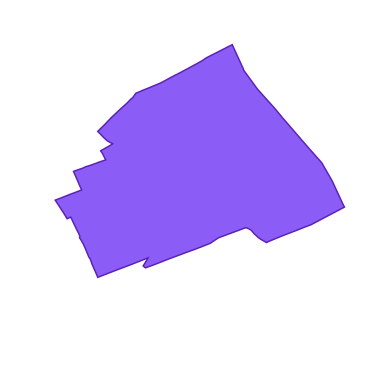 the district of Bechet, Romania, rotated 229°
{"feature_id": "2599482B89489241189907", "entity_name": "Bechet", "entity_type": "district", "adm_level": 2, "iso_a3": "ROU", "parent_name": "Romania", "parent_adm1": "", "projection": "natural_earth1", "projection_center": [23.959, 43.776], "detail": "fine", "context": "isolated", "style": "filled", "palette": "violet", "viewbox_px": 384, "rotation_deg": 229, "n_neighbors": 0, "source": "geoboundaries", "source_scale": "gbopen_adm2", "svg_char_len": 2096}
<svg xmlns="http://www.w3.org/2000/svg" viewBox="0 0 384 384"><g transform="rotate(229 192 192)"><path d="M275.6,83.4L268.8,82.5L264.5,81.9L260.0,81.3L255.6,80.5L253.7,80.2L252.7,84.0L252.2,83.9L251.1,83.6L246.2,82.2L241.0,80.8L238.1,80.0L234.3,79.1L233.1,78.6L232.1,78.3L231.7,77.7L231.3,77.1L230.8,77.0L229.5,76.9L225.2,76.1L224.3,75.9L218.1,74.0L215.8,73.2L214.3,72.7L212.7,72.2L210.8,71.5L210.1,71.4L209.3,71.4L208.6,71.2L207.9,71.1L207.1,70.8L206.2,70.5L205.3,70.1L204.5,69.8L203.9,69.5L203.4,69.3L202.1,68.9L199.2,68.0L196.3,67.1L193.7,66.3L191.6,65.6L189.3,64.9L188.9,66.3L182.4,84.4L180.9,88.4L177.2,98.4L174.2,106.9L172.0,113.1L171.2,115.5L170.3,113.2L168.2,106.6L165.3,107.1L162.4,114.5L157.0,129.7L152.1,142.8L150.3,147.7L146.8,156.7L141.3,172.1L140.1,181.8L130.1,208.4L130.0,208.8L129.5,209.4L128.5,209.9L127.5,210.4L125.8,211.2L124.1,211.6L122.8,211.6L119.7,211.5L117.0,211.9L114.3,212.1L111.4,212.8L108.3,213.9L105.0,215.0L104.4,217.3L102.3,223.6L99.6,231.6L96.2,240.9L94.5,245.6L91.3,254.8L89.3,260.0L80.6,297.2L83.7,297.9L108.2,305.0L128.9,309.1L150.4,308.9L156.2,308.9L157.6,308.9L178.9,309.0L189.0,309.0L200.0,309.3L226.7,308.9L249.9,310.9L252.1,311.8L254.2,312.4L274.7,318.4L276.8,319.1L282.6,296.0L283.1,294.0L283.3,293.0L283.5,292.2L283.8,291.2L284.5,285.5L285.9,278.9L289.4,263.1L291.0,256.8L292.3,251.3L294.8,240.2L295.6,237.7L296.5,235.0L297.7,231.4L299.3,226.6L301.1,221.4L302.2,217.9L302.3,217.6L302.9,215.8L303.4,214.6L302.1,209.2L302.2,207.0L301.9,203.2L301.7,200.5L301.6,193.7L301.5,190.5L301.1,180.1L300.6,174.6L300.2,170.9L299.9,165.6L299.6,160.6L295.2,160.9L291.7,161.0L287.9,161.4L286.0,161.7L285.2,162.0L283.4,162.6L281.9,163.2L280.4,163.8L280.7,161.7L280.9,161.0L280.9,160.6L281.0,160.1L281.3,158.4L282.5,152.7L282.9,150.9L283.0,150.1L282.8,150.0L280.3,149.8L277.4,149.1L275.3,148.5L272.9,148.0L273.0,147.6L275.3,142.0L276.6,138.5L278.9,132.6L281.0,127.9L281.3,126.4L282.2,123.8L282.7,122.7L284.6,118.0L285.3,116.1L281.7,115.0L274.8,112.8L270.3,111.3L265.9,110.1L266.0,109.9L269.8,99.6L275.6,83.4Z" fill="#8b5cf6" stroke="#5b21b6" stroke-width="1.5"/></g></svg>